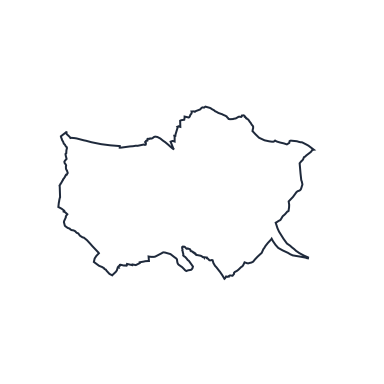 Berghin, Alba, Romania, rotated 238°
{"feature_id": "2599482B3025623586647", "entity_name": "Berghin", "entity_type": "district", "adm_level": 2, "iso_a3": "ROU", "parent_name": "Romania", "parent_adm1": "Alba", "projection": "robinson", "projection_center": [23.723, 46.065], "detail": "fine", "context": "isolated", "style": "outline", "palette": "slate", "viewbox_px": 384, "rotation_deg": 238, "n_neighbors": 0, "source": "geoboundaries", "source_scale": "gbopen_adm2", "svg_char_len": 5973}
<svg xmlns="http://www.w3.org/2000/svg" viewBox="0 0 384 384"><g transform="rotate(238 192 192)"><path d="M169.6,315.3L171.4,314.3L175.6,311.8L176.1,311.3L176.6,310.5L178.0,309.1L179.2,308.1L179.9,307.3L183.2,303.0L183.4,302.3L183.4,301.9L183.4,301.7L182.1,300.5L182.1,297.7L184.5,295.7L187.3,292.9L189.7,290.8L191.1,289.9L191.6,289.7L191.4,288.1L191.6,287.5L192.5,286.2L194.1,284.3L197.4,280.9L202.5,277.6L207.4,276.4L211.6,275.6L211.7,275.8L212.8,276.6L213.1,276.9L213.3,277.3L214.8,278.4L215.8,278.6L217.5,278.3L219.3,278.4L220.9,278.2L223.6,278.1L225.7,277.0L226.0,277.3L227.6,276.6L227.9,277.0L229.6,276.5L230.4,274.8L229.8,274.3L229.6,273.5L230.9,271.9L231.1,271.3L231.2,268.1L232.0,266.2L232.1,265.5L233.6,262.8L234.6,261.7L235.4,261.8L236.6,261.4L237.8,261.4L238.3,261.0L238.7,260.9L241.0,259.3L241.8,258.9L245.0,256.3L246.9,255.3L248.4,254.3L249.4,254.1L252.1,252.6L253.0,252.3L253.9,251.7L257.3,248.6L257.2,246.9L258.1,245.9L258.3,244.9L257.7,242.6L258.6,238.1L258.5,237.0L258.9,236.9L259.3,236.4L260.0,235.2L260.5,234.3L260.0,234.2L258.8,233.1L258.4,231.7L257.5,230.5L256.9,229.4L256.9,228.7L259.9,225.7L258.7,224.9L257.4,223.7L258.6,220.9L258.7,219.7L253.4,216.6L254.2,215.8L254.8,215.6L254.9,214.6L255.1,214.3L255.1,214.1L254.5,214.2L249.7,208.7L248.4,207.6L249.0,206.8L247.8,206.4L244.0,204.0L245.1,203.1L245.6,202.5L246.0,200.5L238.8,199.2L237.6,199.3L239.1,198.6L241.2,197.9L244.4,197.0L248.4,195.7L250.9,194.6L254.1,193.5L257.0,191.8L258.5,190.1L258.8,188.7L258.6,187.4L258.7,186.1L259.7,184.8L259.7,184.5L259.5,184.2L260.3,183.1L260.6,182.6L260.5,182.2L259.2,181.5L259.2,181.3L259.7,180.4L259.7,180.0L259.4,179.5L259.2,178.7L258.9,178.7L258.0,178.9L257.8,178.8L257.3,178.2L256.7,177.9L256.7,177.6L256.9,177.1L257.2,176.7L257.8,176.3L260.0,170.3L261.0,168.9L262.1,166.2L263.5,163.6L267.2,155.4L267.9,154.2L269.2,155.1L275.0,147.3L280.8,140.2L287.5,133.1L291.6,129.3L293.1,127.7L298.6,122.5L299.9,121.0L301.8,118.5L302.2,117.5L303.4,117.5L307.6,116.4L308.5,116.7L309.7,117.8L309.4,117.0L308.7,110.3L307.5,109.9L306.0,109.7L305.3,109.4L302.6,109.3L301.0,108.9L299.5,109.3L298.4,109.2L297.3,109.2L296.7,109.5L296.2,109.5L295.5,109.2L293.8,107.5L291.5,105.9L291.4,105.1L291.2,104.8L289.5,104.1L286.8,103.3L286.4,103.0L286.3,102.2L285.7,100.5L285.3,99.8L284.3,99.4L283.6,99.3L282.6,99.5L281.5,99.4L281.0,99.2L280.5,98.6L279.0,97.7L277.9,97.3L276.4,97.3L274.0,96.7L273.0,94.8L273.4,94.3L273.2,93.9L272.8,93.5L272.7,92.9L272.0,92.0L271.9,91.5L271.4,90.7L271.0,89.2L270.3,88.6L270.1,87.8L269.0,86.0L268.7,84.9L268.3,84.6L268.1,84.2L267.7,83.1L266.5,82.6L257.4,77.3L257.1,76.8L255.6,75.3L254.2,74.1L253.5,73.4L250.1,70.7L247.6,72.2L246.6,72.7L243.9,73.7L243.4,72.8L242.1,73.7L239.2,74.5L238.5,72.6L238.0,71.9L237.4,71.6L235.0,68.0L234.3,67.4L230.8,66.3L230.0,66.5L227.5,67.5L225.7,68.9L224.8,69.0L223.6,69.6L222.1,71.3L220.8,72.0L220.6,72.2L220.1,72.3L219.5,72.3L218.3,72.7L217.2,73.6L214.4,73.8L211.6,75.1L210.6,76.1L206.8,77.4L202.0,78.3L198.9,78.8L190.1,80.6L189.4,80.6L188.5,77.0L187.2,74.2L184.7,71.7L178.6,74.1L175.9,76.1L175.4,76.2L174.5,76.9L173.0,77.0L171.8,77.8L170.6,77.8L166.3,78.6L163.6,80.2L163.8,80.8L164.6,84.8L164.8,85.5L165.4,86.8L167.4,89.1L166.8,89.8L167.4,89.9L167.9,90.4L167.9,91.0L167.7,91.6L168.0,91.8L168.0,92.1L168.4,92.3L168.1,93.0L167.7,93.2L167.6,93.4L165.5,95.5L165.3,96.4L164.4,97.0L164.3,97.4L164.2,97.6L164.3,97.8L165.4,98.8L161.6,102.6L162.1,103.1L159.8,105.6L159.4,109.8L159.4,110.1L160.1,110.4L158.5,114.4L158.4,114.8L157.9,116.1L156.3,118.9L160.3,121.0L160.0,121.3L158.4,123.3L157.1,125.5L156.7,126.6L156.1,134.1L156.2,134.8L156.0,135.7L155.0,137.0L150.9,140.7L150.6,140.9L146.5,142.4L144.0,143.4L143.5,143.5L142.8,143.5L140.6,142.5L139.4,142.1L138.4,142.0L137.5,142.1L136.8,142.4L133.5,143.8L130.4,144.5L129.6,144.6L128.8,144.9L128.0,145.3L127.6,147.3L126.5,149.9L126.6,150.8L127.1,152.0L128.3,153.3L135.1,152.9L136.7,152.3L138.3,152.2L140.5,151.8L141.7,151.2L142.3,151.1L142.8,150.9L143.4,151.4L144.6,152.0L145.3,152.1L146.7,152.7L147.6,152.8L148.1,153.4L149.9,154.0L150.5,154.6L150.1,155.3L150.1,155.6L150.3,155.7L149.7,156.5L149.2,156.8L146.8,157.3L146.4,157.7L146.4,158.5L145.5,159.1L144.6,159.9L144.0,160.0L143.0,159.6L142.4,159.8L142.4,160.0L141.5,160.6L141.0,160.7L140.8,160.8L140.8,161.0L139.9,161.3L139.2,161.9L138.5,162.0L138.4,162.0L138.6,161.6L138.1,161.8L137.7,161.9L138.0,162.1L137.9,162.3L137.4,162.3L137.3,162.1L136.2,162.5L135.5,163.3L133.4,165.5L132.4,166.2L131.7,166.4L131.1,166.6L130.4,167.6L130.0,167.6L130.2,167.8L128.5,169.9L127.9,169.6L127.7,169.9L127.2,170.1L124.9,170.6L124.6,170.9L124.1,171.7L123.8,172.8L123.2,173.3L120.4,172.5L117.2,172.4L115.3,172.8L110.3,173.3L110.0,173.4L105.2,173.6L101.2,173.5L101.3,174.3L102.3,176.2L101.4,176.9L100.9,178.1L101.2,178.1L101.1,180.0L99.5,182.0L100.3,184.3L101.1,184.7L101.5,185.8L101.3,188.3L101.5,190.2L102.3,193.9L102.3,195.3L102.6,196.2L103.4,197.6L104.5,199.3L102.4,201.0L101.7,201.8L101.3,203.3L100.8,204.6L100.5,206.4L100.6,207.2L101.5,209.8L102.4,213.3L103.2,217.4L103.3,218.4L103.6,219.1L105.7,222.2L106.2,223.6L107.3,225.7L108.6,229.4L109.8,233.9L110.2,234.8L107.6,234.6L103.0,234.8L98.9,235.5L94.5,237.9L89.6,241.1L86.8,242.5L85.9,243.2L85.0,243.7L79.6,249.8L76.2,253.5L75.0,254.4L74.3,255.2L75.0,255.8L78.8,253.2L83.4,250.6L85.3,249.8L86.8,249.1L89.4,248.4L92.4,247.3L94.3,246.8L98.0,245.2L103.8,244.8L112.3,244.8L116.0,245.3L121.6,246.7L121.5,248.7L121.6,249.9L121.4,252.1L122.8,255.0L123.2,255.6L123.5,256.6L123.6,257.7L123.9,259.3L124.9,262.5L124.7,263.3L124.8,263.9L126.2,265.0L127.3,266.0L129.6,267.6L132.8,269.0L134.3,275.0L136.5,280.4L136.7,281.9L136.3,283.8L136.3,284.8L136.5,285.4L136.8,286.0L138.2,287.7L138.5,288.0L139.4,289.1L140.0,289.7L142.8,290.7L144.0,290.9L144.7,291.2L150.5,294.0L159.3,298.5L160.2,301.1L160.3,302.1L160.8,303.5L162.2,305.4L162.1,306.2L162.1,307.1L162.4,307.9L162.9,313.2L163.1,314.5L163.4,315.2L163.8,315.8L163.8,316.2L163.6,317.0L163.3,317.7L169.6,315.3Z" fill="none" stroke="#1e293b" stroke-width="2"/></g></svg>